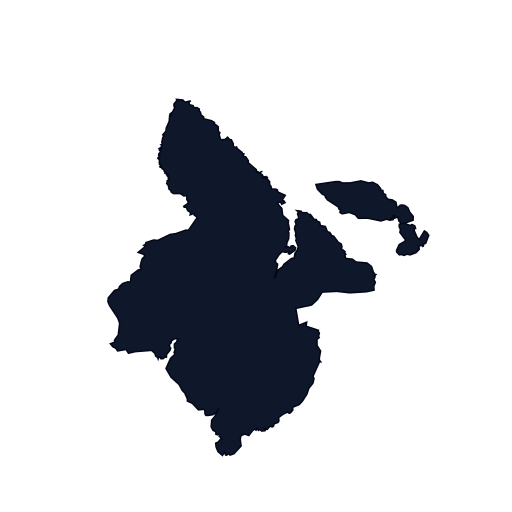 outline of Frogn nor, Akershus, Norway, rotated 158°
{"feature_id": "86288312B20700127257552", "entity_name": "Frogn nor", "entity_type": "district", "adm_level": 2, "iso_a3": "NOR", "parent_name": "Norway", "parent_adm1": "Akershus", "projection": "natural_earth1", "projection_center": [10.666, 59.695], "detail": "fine", "context": "isolated", "style": "filled", "palette": "ink", "viewbox_px": 512, "rotation_deg": 158, "n_neighbors": 0, "source": "geoboundaries", "source_scale": "gbopen_adm2", "svg_char_len": 6110}
<svg xmlns="http://www.w3.org/2000/svg" viewBox="0 0 512 512"><g transform="rotate(158 256 256)"><path d="M311.7,356.7L310.9,354.5L311.6,350.3L310.2,348.7L310.8,347.4L309.2,344.8L302.8,342.2L300.5,338.8L297.6,337.7L299.1,334.0L298.5,332.9L299.2,330.3L304.4,329.2L304.3,328.1L302.3,327.1L302.4,323.8L300.4,320.8L301.7,318.8L297.1,318.7L298.0,317.1L296.5,314.8L296.4,312.6L297.7,312.7L309.0,305.2L311.3,306.3L321.9,306.8L327.6,308.2L341.3,307.3L344.9,309.2L353.0,309.7L354.5,308.0L356.0,308.0L355.3,307.2L356.1,306.0L364.0,303.5L358.9,299.1L360.2,296.8L362.3,296.3L364.4,293.9L367.5,289.4L366.9,286.9L370.5,287.2L378.9,284.9L382.2,278.9L384.6,280.1L389.7,280.5L394.0,278.9L395.7,276.8L400.1,277.1L408.7,272.5L410.4,269.2L410.4,265.0L407.4,250.3L407.6,244.8L413.3,234.4L418.8,231.0L419.0,229.1L423.9,229.2L422.7,225.4L420.6,223.1L419.9,219.8L411.5,218.0L410.7,213.6L403.7,212.5L388.2,207.6L386.3,203.7L386.5,200.7L385.2,198.7L385.3,197.3L384.1,198.8L382.8,197.8L382.8,196.5L380.8,195.6L378.0,196.4L377.0,195.7L375.7,198.3L371.3,200.6L369.6,202.5L370.2,203.1L369.4,206.5L367.4,207.2L365.8,209.2L362.1,209.7L359.6,208.6L361.9,206.0L364.7,204.9L366.1,201.3L365.3,200.5L368.2,197.1L367.8,196.1L368.6,195.0L373.5,193.2L381.6,185.4L380.2,175.5L375.5,165.7L374.7,158.7L373.4,155.8L373.2,149.2L374.0,147.2L370.3,143.3L367.0,134.9L361.7,133.3L361.3,132.0L362.5,128.6L362.2,127.0L360.2,126.1L355.5,125.0L351.7,125.8L347.5,128.7L354.3,122.7L358.6,120.4L361.6,114.4L361.2,110.6L359.1,107.8L360.0,105.8L358.3,104.3L356.7,104.5L356.6,102.6L357.6,102.3L355.8,99.3L357.3,99.6L360.7,97.7L363.5,97.6L364.6,93.6L364.5,88.8L361.8,83.6L358.7,86.2L358.8,83.0L358.1,82.3L355.5,82.9L354.7,81.1L350.5,80.9L341.0,85.4L339.3,91.8L337.8,94.4L336.4,95.1L333.0,95.0L329.9,92.2L324.7,95.3L322.2,96.0L321.2,94.5L319.8,95.8L319.1,93.4L317.5,93.7L316.3,91.5L313.0,90.6L312.3,91.4L312.7,92.6L310.6,91.0L307.0,92.9L304.9,91.4L303.4,91.7L302.1,93.6L297.9,93.4L296.6,94.4L295.4,97.8L290.3,99.1L285.4,99.5L284.1,97.7L282.8,97.7L279.6,99.3L278.6,102.0L271.6,102.0L267.2,104.1L260.5,108.9L256.6,113.5L250.9,116.7L248.1,120.6L248.3,123.0L236.9,134.0L235.6,133.6L236.2,135.6L235.7,137.3L231.7,143.7L232.9,150.1L230.7,155.8L227.9,156.7L228.1,158.1L226.1,160.8L226.6,162.8L225.9,163.7L235.8,172.1L233.8,175.7L242.4,175.7L238.7,192.5L222.8,189.7L215.3,192.6L208.1,197.7L194.3,192.9L182.8,186.7L167.2,181.5L159.3,180.1L158.1,183.9L155.2,186.8L155.5,190.6L154.0,191.3L153.3,192.5L153.9,193.0L151.8,193.9L152.7,194.5L153.2,197.2L152.8,203.0L155.7,208.0L165.5,213.0L167.8,217.0L173.8,220.2L173.0,224.1L172.1,224.1L172.7,225.9L171.8,226.6L174.4,231.4L172.9,232.1L172.4,235.1L174.6,238.0L176.5,245.3L178.9,247.1L178.9,248.1L178.3,247.7L178.7,250.2L180.7,251.8L180.6,257.4L184.9,260.2L184.3,263.5L186.3,265.5L186.5,267.3L188.4,268.2L189.2,271.1L190.3,272.1L189.4,272.2L190.1,274.3L191.6,274.8L192.6,277.1L197.1,279.0L197.4,280.7L201.1,282.7L200.1,280.8L201.7,279.6L202.1,274.8L205.5,274.6L206.8,273.3L206.9,270.0L208.2,269.6L210.1,266.9L210.6,261.9L211.7,260.6L212.1,257.0L213.3,255.4L213.3,248.8L215.9,245.6L218.8,244.0L221.5,239.7L223.9,240.5L233.1,237.9L235.5,236.1L240.6,234.8L244.1,231.7L245.1,229.1L247.4,229.3L243.0,233.9L239.4,239.6L239.0,240.5L240.6,243.1L239.8,243.5L240.0,244.5L234.4,248.4L230.2,250.2L226.8,248.1L224.1,248.2L225.1,246.1L224.2,245.1L217.4,246.8L217.8,247.4L216.2,248.6L217.6,251.6L219.7,252.2L221.1,250.7L223.0,252.8L226.0,252.8L223.9,253.8L222.3,256.8L219.2,259.8L216.8,265.0L217.1,266.5L214.9,268.3L213.8,274.4L212.5,276.7L216.0,283.7L214.2,290.5L215.8,294.6L215.9,297.1L214.5,297.4L212.7,295.8L212.8,294.3L209.0,294.6L209.5,296.8L210.9,297.9L206.1,301.3L211.1,306.5L212.1,308.1L211.3,309.1L212.4,310.5L216.5,312.3L216.0,315.0L216.6,317.2L215.5,319.8L217.0,324.3L215.3,324.7L219.5,324.6L220.5,326.3L216.2,325.7L219.6,326.5L219.7,328.8L220.9,330.9L220.2,332.1L218.3,332.2L222.4,332.0L223.7,333.4L223.0,333.6L223.7,334.0L223.4,336.0L228.2,345.4L227.4,347.3L228.3,351.7L230.5,353.3L229.0,355.3L230.3,355.8L230.1,357.2L233.3,363.0L233.1,364.4L235.2,364.7L235.8,366.9L235.0,368.5L235.3,373.0L236.7,373.7L237.8,376.8L241.0,375.7L245.2,377.0L244.7,382.3L243.3,383.8L244.2,385.8L242.6,390.1L245.1,394.3L244.5,395.3L246.5,398.1L253.2,403.0L252.4,404.5L254.1,407.5L253.6,410.2L254.3,411.5L253.5,413.5L255.1,415.7L257.8,416.7L258.0,419.0L261.1,421.3L260.4,423.8L258.4,424.3L264.3,425.3L265.4,428.1L271.1,431.1L271.2,429.8L275.1,427.7L276.0,425.5L275.4,424.4L279.4,420.8L282.5,419.9L281.7,418.5L283.4,418.7L286.1,413.3L291.3,408.3L292.8,405.5L297.1,403.3L296.4,401.7L298.0,400.9L300.8,396.6L300.6,395.0L302.5,394.7L301.9,393.9L303.2,392.3L305.1,392.0L303.6,391.0L306.0,390.6L305.3,388.3L307.7,387.3L308.6,385.8L307.7,384.9L310.4,383.6L310.1,382.4L309.2,382.3L311.2,377.4L310.0,375.7L311.6,375.1L311.6,374.1L310.4,373.8L310.3,371.9L309.0,370.9L309.4,369.1L308.7,368.0L309.4,367.1L308.3,366.8L308.6,365.9L307.7,365.5L308.3,364.6L307.0,364.3L308.2,363.2L307.6,362.2L308.4,360.5L307.7,359.5L310.3,358.9L309.9,358.3L311.7,356.7ZM120.3,202.8L118.9,201.2L115.2,201.0L112.7,199.3L106.4,199.1L102.2,201.0L101.2,204.2L97.9,203.6L97.9,202.5L97.1,202.5L96.1,204.2L93.9,204.2L88.1,210.4L88.9,214.0L90.5,216.2L98.5,210.2L99.6,212.9L99.8,219.7L99.3,221.9L97.7,221.7L97.5,224.5L99.6,226.8L101.6,226.6L106.4,230.7L96.9,230.3L95.4,233.8L97.0,239.1L97.1,243.9L99.2,247.2L101.4,248.6L103.4,249.1L106.4,247.7L107.0,248.7L106.1,253.5L108.7,257.1L112.4,259.2L113.5,262.5L112.8,264.3L114.6,266.5L113.8,269.2L115.8,270.6L115.2,271.9L116.6,276.5L120.3,280.7L124.0,281.5L130.6,286.4L141.2,288.5L148.4,291.3L150.9,293.8L154.0,295.1L173.7,299.9L174.0,294.9L171.4,288.5L169.2,286.2L169.7,284.8L168.7,281.2L161.3,270.6L161.5,268.6L160.6,266.7L161.9,264.9L160.3,262.8L153.4,261.5L148.6,257.2L147.0,252.6L138.1,249.1L127.1,241.7L121.2,241.2L118.2,238.8L116.6,240.0L116.7,238.7L115.4,238.3L114.1,239.4L114.1,241.9L112.2,241.4L113.6,240.3L113.1,239.1L110.0,239.1L110.4,234.8L109.0,231.6L111.2,231.8L112.3,229.5L112.2,226.4L113.8,224.0L111.4,215.1L112.5,213.9L118.9,213.0L123.6,208.6L124.1,206.9L122.6,203.3L120.3,202.8Z" fill="#0f172a" stroke="#020617" stroke-width="1.5"/></g></svg>